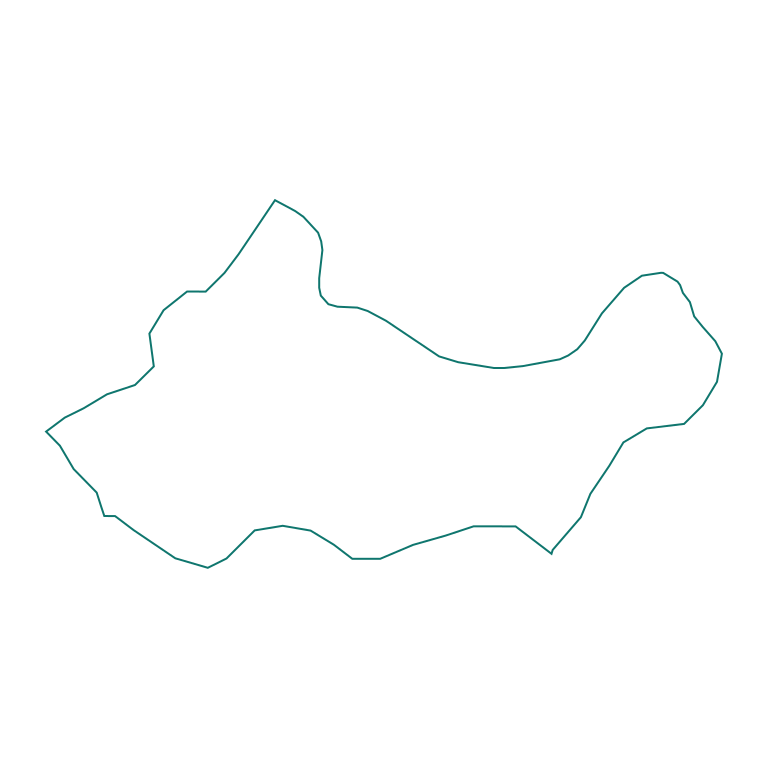 the district of Yonthan, Hwanghae-bukto, North Korea
{"feature_id": "82179303B91092350263646", "entity_name": "Yonthan", "entity_type": "district", "adm_level": 2, "iso_a3": "PRK", "parent_name": "North Korea", "parent_adm1": "Hwanghae-bukto", "projection": "robinson", "projection_center": [125.982, 38.695], "detail": "fine", "context": "isolated", "style": "outline", "palette": "teal", "viewbox_px": 768, "rotation_deg": 0, "n_neighbors": 0, "source": "geoboundaries", "source_scale": "gbopen_adm2", "svg_char_len": 1104}
<svg xmlns="http://www.w3.org/2000/svg" viewBox="0 0 768 768"><path d="M104.3,516.0L115.1,516.1L133.6,530.1L147.5,539.5L175.3,558.3L207.8,567.8L226.5,558.5L254.7,530.4L282.7,525.8L310.6,530.6L333.8,544.7L352.3,558.8L380.2,558.8L413.0,544.9L445.6,535.6L473.7,526.3L515.6,526.4L551.5,553.8L552.7,549.9L580.9,517.2L590.4,493.8L609.3,465.8L623.4,442.4L646.8,428.4L684.1,423.9L702.9,405.2L717.0,381.8L721.9,353.7L715.3,341.2L702.6,326.8L694.2,316.4L689.9,302.1L682.9,292.9L680.1,285.1L677.5,281.6L663.2,272.9L661.0,272.8L641.9,275.7L624.1,287.8L601.9,313.4L584.8,340.5L577.3,349.2L568.2,355.5L559.8,359.3L522.9,366.1L504.2,368.0L493.9,368.0L458.2,362.2L439.1,356.4L385.9,320.7L367.7,311.0L357.3,307.6L337.5,306.7L328.4,304.2L320.8,295.6L319.2,287.8L319.2,278.2L322.4,250.1L321.2,241.4L318.1,232.7L303.4,216.8L295.1,211.0L275.0,200.2L257.5,226.2L238.6,254.2L224.5,272.9L205.7,291.6L187.1,291.5L163.6,310.2L149.4,333.6L153.8,366.4L135.0,385.0L107.0,394.3L83.6,408.3L64.8,417.6L46.1,431.6L59.9,445.7L73.7,469.1L87.5,483.2L96.7,492.6L101.2,506.7L104.3,516.0Z" fill="none" stroke="#0f766e" stroke-width="2"/></svg>